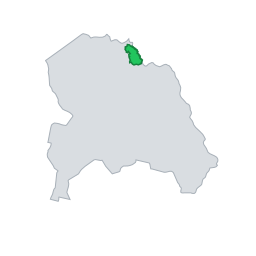 location of Yei, Central Equatoria, South Sudan, rotated 193°
{"feature_id": "79223893B15931514297219", "entity_name": "Yei", "entity_type": "district", "adm_level": 2, "iso_a3": "SSD", "parent_name": "South Sudan", "parent_adm1": "Central Equatoria", "projection": "natural_earth1", "projection_center": [30.16, 4.243], "detail": "fine", "context": "in_parent", "style": "filled", "palette": "green", "viewbox_px": 256, "rotation_deg": 193, "n_neighbors": 0, "source": "geoboundaries", "source_scale": "gbopen_adm2", "svg_char_len": 5694}
<svg xmlns="http://www.w3.org/2000/svg" viewBox="0 0 256 256"><g transform="rotate(193 128 128)"><path d="M201.3,200.5L194.3,208.7L193.8,209.1L193.0,209.8L190.1,209.8L187.2,209.4L184.5,207.3L181.8,208.9L180.0,209.4L179.0,209.6L176.5,209.9L173.1,210.8L171.6,211.9L170.7,212.7L170.0,214.3L169.7,214.5L169.0,214.3L168.2,213.6L166.3,212.7L165.4,210.7L164.6,209.5L163.9,208.8L160.9,210.9L159.5,211.3L158.4,211.3L156.3,210.1L153.9,209.2L152.7,209.2L150.9,210.4L148.9,212.2L147.9,214.0L147.3,215.1L146.6,213.4L145.9,212.4L145.0,212.0L143.0,212.4L142.5,211.8L142.4,210.4L142.2,209.1L141.7,208.2L140.2,207.2L136.3,205.3L133.3,201.4L131.8,199.6L130.7,198.4L129.1,195.3L127.4,193.2L125.2,192.2L123.8,192.7L122.3,195.0L119.6,197.1L118.3,197.2L116.7,196.0L114.7,195.2L111.0,194.8L109.5,195.8L107.5,197.5L105.9,198.4L104.8,198.6L103.9,198.2L102.8,198.0L101.8,197.9L99.9,196.4L98.8,195.4L98.2,194.3L97.1,193.6L95.8,193.0L94.9,192.1L94.4,190.9L93.7,189.4L92.7,188.0L89.8,185.6L88.9,184.2L88.3,182.8L87.0,181.3L85.7,179.2L85.3,176.2L85.3,173.8L85.0,172.6L84.5,171.5L83.8,170.6L82.8,169.5L80.3,167.9L77.8,166.1L76.6,165.1L74.4,164.7L73.0,163.7L71.9,161.4L71.4,159.6L70.2,158.2L69.7,157.2L69.5,156.0L70.4,152.4L69.1,151.1L67.1,149.5L65.7,147.7L64.8,146.0L62.3,143.8L56.8,140.6L53.6,138.5L51.8,136.6L50.3,134.8L50.2,134.0L51.2,132.2L51.3,130.7L50.5,129.0L47.2,125.9L44.6,122.4L42.6,121.4L37.8,120.4L36.4,120.0L34.9,119.4L33.5,117.8L33.0,116.0L33.8,113.1L33.3,112.2L32.5,111.9L32.7,111.3L33.6,109.9L35.1,109.0L39.1,107.5L39.3,106.9L39.4,105.1L39.7,104.2L41.1,101.7L41.3,100.7L41.4,98.5L41.6,97.5L42.0,96.8L43.1,95.5L43.5,94.7L43.6,93.1L43.5,89.8L44.1,88.5L46.6,85.5L47.3,84.2L47.5,83.0L47.5,81.8L47.7,80.6L48.4,79.4L49.0,79.1L50.9,78.7L52.1,79.0L60.9,76.9L62.0,77.2L62.4,78.4L62.4,80.3L62.5,81.3L63.0,81.9L64.4,82.8L65.3,84.4L65.9,84.9L67.3,86.0L73.8,94.8L75.6,95.6L77.4,95.3L81.0,93.5L82.8,93.0L95.2,93.5L96.6,93.3L98.6,97.7L99.5,98.7L113.1,98.7L112.8,97.5L113.0,96.1L115.4,93.4L115.8,93.1L117.9,91.8L119.9,90.9L123.9,89.9L125.3,88.3L126.1,86.9L126.2,84.0L126.7,83.5L127.6,82.9L132.2,80.3L133.0,79.8L141.1,85.7L145.6,90.4L145.9,90.7L146.1,90.8L146.3,90.6L146.6,90.4L147.1,90.2L149.0,90.1L152.7,89.9L153.9,89.3L161.3,80.9L163.2,78.2L163.6,77.7L164.7,75.7L165.8,72.5L166.0,72.1L174.1,64.2L174.4,63.6L174.5,63.1L173.2,60.4L173.0,59.1L172.9,57.0L173.1,53.8L173.1,51.7L172.9,51.2L168.4,45.3L179.7,45.2L179.8,44.5L179.7,44.2L179.5,43.5L179.4,42.6L179.4,42.1L179.4,41.6L179.5,41.4L179.4,41.1L179.5,40.9L187.6,41.1L187.5,42.7L186.6,46.6L186.6,48.9L186.4,51.5L186.1,52.3L185.7,53.0L185.5,53.3L185.5,53.6L187.3,68.3L187.1,69.0L186.7,69.9L186.6,70.2L186.5,70.4L186.7,70.6L190.5,72.2L190.7,72.3L190.8,72.4L192.2,74.3L199.6,81.3L199.9,81.7L200.7,83.9L200.7,84.2L200.8,84.8L200.8,85.2L200.6,86.5L200.6,87.1L200.8,87.5L200.9,87.9L200.9,88.1L200.8,88.4L199.7,90.9L199.3,92.7L199.2,94.3L199.3,95.2L199.4,95.7L199.5,95.9L199.6,96.0L202.9,96.0L202.8,96.9L203.3,110.2L203.3,111.7L203.2,113.6L202.8,114.3L201.9,115.4L200.8,116.3L197.9,116.6L195.5,116.6L193.8,116.3L191.4,116.3L189.2,116.5L188.4,117.3L185.5,124.4L184.6,126.2L184.4,127.2L184.7,127.8L185.8,128.7L188.3,130.0L191.2,130.7L193.3,131.0L194.8,131.4L195.9,131.7L199.9,135.0L201.2,136.5L202.0,137.8L202.1,139.2L202.7,140.6L206.4,145.1L210.0,147.1L211.3,149.5L212.6,150.7L213.9,151.9L214.5,153.7L216.1,159.1L217.1,161.9L218.2,164.2L218.6,167.9L219.4,169.5L220.3,171.6L221.7,173.4L223.2,174.8L223.5,175.2L208.3,192.5L201.3,200.5Z" fill="#d9dde1" stroke="#a8b0b8" stroke-width="1"/><path d="M148.9,206.4L148.8,205.8L148.3,205.4L148.3,204.9L148.6,204.9L148.5,203.9L146.8,202.3L146.7,201.5L145.4,201.3L144.9,202.7L142.6,200.9L143.8,200.1L143.1,197.8L142.5,197.8L142.7,196.9L140.9,194.4L141.4,193.5L141.0,192.0L139.7,192.8L138.1,191.3L136.4,190.8L134.3,192.0L132.1,191.9L129.6,193.7L129.7,193.8L129.9,193.7L130.0,193.8L129.8,193.9L129.8,194.1L129.7,194.2L129.7,194.3L129.7,194.6L129.5,194.8L129.6,195.0L129.6,195.3L129.6,195.5L129.6,195.8L129.5,196.0L129.4,196.2L129.5,196.3L129.5,196.5L129.4,196.6L129.5,196.7L129.5,196.8L129.5,197.0L129.4,197.1L129.5,197.2L129.5,197.3L129.4,197.4L129.4,197.5L129.5,197.5L129.8,197.7L130.0,197.7L130.0,197.8L130.1,198.0L130.3,198.2L130.5,198.1L130.8,198.0L131.0,198.0L131.3,198.0L131.5,198.3L131.8,198.5L132.0,198.7L132.2,198.8L132.3,198.9L132.3,199.0L132.3,199.3L132.2,199.4L132.1,199.5L132.1,199.8L132.0,200.0L132.2,200.3L132.3,200.4L132.4,200.5L132.5,200.8L132.6,200.7L132.8,200.6L133.0,200.7L133.3,200.7L133.4,200.8L133.4,201.0L133.5,201.1L133.4,201.2L133.4,201.3L133.5,201.5L133.7,201.8L133.8,201.9L133.8,202.0L134.0,202.3L134.3,202.3L134.5,202.4L134.6,202.5L134.9,202.6L135.0,202.6L135.3,202.7L135.5,202.7L135.8,202.7L135.8,202.8L135.8,203.1L135.7,203.2L135.7,203.3L135.8,203.5L135.8,203.8L135.7,203.8L135.7,204.0L135.8,204.0L136.0,204.2L136.2,204.3L136.3,204.4L136.3,204.5L136.2,204.6L136.3,204.6L136.3,204.8L136.4,205.0L136.2,205.2L136.3,205.3L136.3,205.5L136.5,205.7L136.5,205.8L136.5,206.0L136.8,206.2L137.0,206.2L137.3,206.0L137.5,206.0L137.6,205.9L137.7,205.7L137.7,205.8L137.8,205.9L137.9,206.0L138.0,206.0L138.0,206.3L138.1,206.5L138.2,206.4L138.3,206.4L138.5,206.5L138.8,206.4L139.0,206.4L139.0,206.5L138.9,206.6L139.0,206.6L139.3,206.7L139.5,206.7L139.5,206.8L139.5,207.0L139.8,207.1L139.7,207.2L139.8,207.2L139.9,207.3L139.9,207.5L140.0,207.6L140.3,207.6L140.4,207.4L140.5,207.3L140.5,207.2L140.6,207.4L140.7,207.5L140.8,207.7L140.8,207.8L140.7,207.9L140.8,208.0L141.0,208.2L141.3,208.2L141.5,208.0L141.8,207.9L142.0,207.7L142.1,207.8L142.1,208.0L142.3,208.0L142.4,208.3L142.4,208.5L142.5,208.6L142.6,208.8L143.9,208.3L145.2,209.3L147.4,209.2L147.4,207.3L148.9,206.4Z" fill="#22c55e" stroke="#15803d" stroke-width="1.5"/></g></svg>